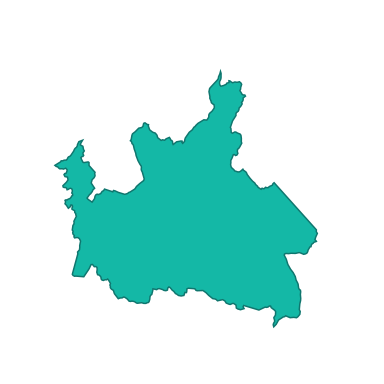 Jequié, Bahia, Brazil (Natural Earth projection), rotated 197°
{"feature_id": "56859067B57487356001023", "entity_name": "Jequié", "entity_type": "district", "adm_level": 2, "iso_a3": "BRA", "parent_name": "Brazil", "parent_adm1": "Bahia", "projection": "natural_earth1", "projection_center": [-40.087, -13.948], "detail": "fine", "context": "isolated", "style": "filled", "palette": "teal", "viewbox_px": 384, "rotation_deg": 197, "n_neighbors": 0, "source": "geoboundaries", "source_scale": "gbopen_adm2", "svg_char_len": 5986}
<svg xmlns="http://www.w3.org/2000/svg" viewBox="0 0 384 384"><g transform="rotate(197 192 192)"><path d="M265.9,223.0L264.9,222.7L264.1,221.9L263.5,220.7L262.4,220.3L261.5,219.2L259.8,216.2L257.2,212.7L256.1,210.5L252.8,206.2L249.9,203.3L248.1,201.9L247.4,200.3L247.3,199.1L246.6,197.8L245.4,196.6L241.5,190.5L241.6,188.8L244.5,184.7L246.7,181.1L247.4,178.5L248.1,177.5L251.3,173.8L252.4,173.0L253.2,171.7L255.6,170.1L262.4,170.1L266.0,170.6L267.5,170.5L267.8,169.0L276.5,169.2L276.9,167.5L278.1,166.3L278.9,163.7L281.0,162.1L282.1,162.2L283.0,161.4L283.5,159.7L283.3,157.0L284.6,153.1L289.3,154.6L290.6,155.5L289.2,159.7L288.5,160.5L287.5,163.3L287.4,164.9L286.2,167.1L291.0,171.1L291.1,174.6L289.9,176.8L289.5,178.5L289.6,179.6L290.4,181.0L290.5,182.5L298.2,187.2L299.1,190.1L300.1,190.4L304.0,188.5L305.0,188.6L307.1,190.8L308.3,192.4L307.6,193.7L306.7,194.1L306.3,195.4L307.2,196.3L307.7,197.5L307.0,199.8L308.2,201.0L309.7,203.8L312.6,204.4L312.6,206.0L311.8,209.5L314.9,207.1L315.4,203.9L315.2,202.7L315.5,201.1L316.4,199.8L316.9,198.5L317.1,196.5L318.5,191.9L319.0,190.7L320.4,189.4L320.8,188.3L320.9,187.1L321.5,185.8L323.7,185.0L324.7,184.0L326.2,183.6L326.6,182.3L330.9,177.4L329.3,176.7L327.9,176.8L326.4,175.9L325.2,175.5L323.0,176.3L321.7,176.3L319.7,177.8L318.6,177.2L317.8,176.6L317.7,174.9L317.9,173.1L319.1,172.4L319.5,171.2L318.0,169.6L315.4,169.8L314.1,167.3L315.0,164.5L317.3,160.3L316.7,159.1L315.6,158.9L314.2,159.3L313.1,159.0L312.1,157.6L311.0,158.4L310.3,159.4L309.1,160.1L307.8,159.8L307.0,158.7L306.6,157.4L306.7,155.9L305.5,155.1L305.2,153.8L305.9,153.0L306.1,151.5L306.9,150.0L308.3,149.0L309.2,147.8L310.2,147.7L311.0,146.9L310.0,145.6L310.0,143.6L308.2,142.6L305.5,140.3L303.9,142.6L304.3,143.9L303.2,144.5L302.2,143.7L301.9,142.6L302.1,141.5L301.7,140.4L298.8,139.8L298.0,138.0L296.9,137.4L296.4,136.1L295.5,135.1L296.4,129.5L295.8,128.3L295.6,126.4L296.1,125.4L295.4,120.6L294.2,119.7L294.2,118.3L293.5,117.0L291.7,115.8L291.8,114.6L290.8,113.8L288.8,114.8L287.5,115.0L286.0,114.4L284.2,112.5L283.7,107.8L283.2,106.4L282.7,103.8L283.9,101.1L283.1,99.5L282.4,78.3L281.3,77.4L279.7,77.1L278.5,77.6L270.7,79.3L268.0,88.3L267.3,93.1L265.9,93.6L263.6,92.0L262.1,92.6L260.8,92.1L260.0,90.0L259.6,87.5L258.1,85.3L256.7,85.4L255.1,84.7L254.0,83.7L253.5,82.3L252.4,81.5L250.9,81.5L249.5,82.7L248.1,83.0L247.2,84.1L246.2,83.5L243.2,80.7L243.3,79.0L242.5,78.0L242.1,76.6L240.8,75.6L238.4,74.9L236.5,72.1L231.3,68.4L230.0,69.5L227.7,70.4L226.8,71.5L225.6,71.7L222.7,70.8L220.2,69.2L218.7,69.4L217.6,70.1L216.0,70.3L214.8,70.3L212.7,69.6L211.6,69.7L207.8,71.4L205.4,71.4L203.5,72.0L202.7,72.9L201.7,73.3L201.0,74.4L201.0,76.9L201.6,79.8L201.2,81.4L200.5,82.2L200.7,86.2L201.0,88.0L197.2,88.3L196.5,89.4L194.9,90.1L191.6,90.1L190.0,89.7L188.1,90.0L186.8,91.0L187.1,93.0L186.3,94.5L185.0,94.2L182.2,92.3L180.4,91.7L178.1,90.0L176.9,89.9L174.7,89.1L172.0,89.4L169.5,90.7L169.4,93.9L167.9,94.2L168.0,95.7L168.6,97.7L167.5,98.9L161.0,100.3L159.4,99.1L158.2,99.1L152.7,101.0L149.1,99.8L145.8,98.0L141.0,96.1L138.9,96.4L137.5,96.3L135.8,95.4L131.2,98.0L128.8,97.5L126.8,95.8L123.4,95.5L122.3,95.8L120.8,97.2L119.4,97.6L116.8,96.7L115.7,94.0L114.0,93.5L111.2,93.6L108.1,95.7L109.6,97.1L109.4,98.6L93.5,98.7L88.4,103.3L86.9,103.5L85.6,104.3L84.7,105.6L83.5,105.9L82.5,104.6L78.2,103.0L77.0,102.0L76.2,98.6L77.0,95.9L76.5,94.8L75.7,93.9L75.1,92.1L75.6,90.3L75.5,88.7L74.4,87.0L72.8,90.1L71.8,94.9L68.2,99.2L66.9,99.9L66.3,101.0L61.4,100.5L58.0,101.9L55.3,102.3L54.3,103.6L53.1,106.5L53.6,109.4L55.0,110.9L56.2,116.6L56.4,119.8L56.9,122.0L58.4,125.7L58.9,128.4L59.6,129.8L60.8,130.2L61.9,131.2L63.6,134.9L64.6,136.1L66.7,138.2L68.5,141.3L71.7,144.5L75.2,147.0L79.2,150.8L82.2,155.3L85.3,158.5L85.4,159.7L84.2,160.7L81.6,161.3L79.3,162.4L75.2,163.5L72.2,165.2L71.1,165.5L67.0,165.1L65.4,166.0L64.3,167.1L63.9,168.7L64.0,170.3L63.2,173.9L62.2,174.5L62.4,176.0L62.0,177.5L61.2,178.3L60.8,179.5L58.6,181.1L59.4,181.8L60.5,182.3L60.5,185.3L60.0,189.0L61.6,190.5L62.0,192.2L116.2,224.9L117.0,223.6L117.2,221.9L119.6,219.9L120.4,218.5L121.6,218.0L123.1,218.0L123.8,216.5L124.8,216.0L126.1,216.1L126.7,214.8L130.2,215.8L131.0,216.7L133.4,217.8L134.5,218.9L137.3,220.1L140.4,222.0L144.4,224.9L145.2,226.0L146.4,227.0L149.2,227.9L150.0,228.7L151.6,226.1L152.6,225.1L154.0,224.6L157.5,224.7L158.5,225.6L160.8,226.6L162.0,227.5L163.1,229.5L163.4,231.4L164.1,233.4L163.6,236.4L163.4,239.8L162.3,240.2L161.1,239.6L159.9,240.4L159.4,242.3L160.5,244.0L160.9,246.1L160.0,247.5L159.5,249.1L158.7,253.3L159.5,254.4L160.5,257.8L161.8,260.6L163.0,261.5L165.9,261.7L167.3,262.1L168.5,262.0L170.6,260.0L171.9,260.4L173.3,264.0L174.2,265.0L174.0,271.9L172.3,278.0L172.9,279.7L172.7,280.9L171.4,282.8L171.2,284.4L171.5,286.1L170.5,288.0L169.8,290.9L170.8,292.2L170.2,293.3L170.0,295.0L170.6,296.9L168.9,299.3L169.9,300.2L171.0,299.8L172.4,299.9L175.9,303.0L175.6,304.5L176.0,306.1L176.0,309.5L177.3,310.7L178.9,311.3L180.3,310.4L181.7,309.9L183.1,309.8L185.0,308.4L186.1,308.5L188.2,309.3L189.2,309.2L188.6,307.5L190.6,306.2L190.7,305.1L192.9,303.1L195.3,301.6L196.3,302.2L197.3,303.6L197.9,305.5L197.5,308.1L197.6,309.6L198.9,314.0L200.0,315.6L199.9,313.2L200.3,309.9L200.0,308.1L200.6,306.3L205.0,297.2L205.4,296.1L205.1,292.9L202.7,288.3L202.4,286.9L200.4,284.5L199.6,283.1L198.0,282.3L196.6,282.0L195.7,280.4L195.3,278.7L196.5,275.0L197.9,272.9L198.4,271.5L198.4,270.4L197.9,268.7L198.2,267.1L198.9,265.1L201.8,264.5L206.3,259.5L207.7,257.0L208.3,255.4L209.1,254.5L209.9,251.6L212.1,248.3L214.2,241.7L214.2,240.1L213.9,238.3L215.1,235.8L216.2,236.5L216.2,237.7L217.3,237.6L221.4,235.5L223.9,231.9L224.7,232.8L225.1,234.1L226.2,235.3L227.5,235.5L228.5,236.7L229.6,237.6L232.3,235.3L233.3,233.5L235.5,233.3L236.6,232.3L240.7,233.9L242.1,236.1L244.3,237.6L247.1,237.7L250.7,239.1L253.1,242.4L253.3,243.7L254.5,243.5L257.2,244.4L258.3,243.5L258.1,240.4L259.0,238.9L261.6,237.5L263.9,233.1L265.9,230.2L266.0,228.6L265.5,224.4L265.9,223.0Z" fill="#14b8a6" stroke="#0f766e" stroke-width="1.5"/></g></svg>